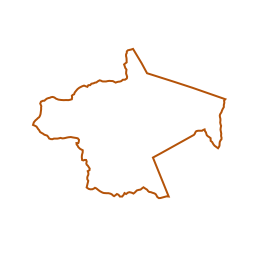 outline of Ibaretama, Ceará, Brazil, rotated 208°
{"feature_id": "56859067B69823963674642", "entity_name": "Ibaretama", "entity_type": "district", "adm_level": 2, "iso_a3": "BRA", "parent_name": "Brazil", "parent_adm1": "Ceará", "projection": "mercator", "projection_center": [-38.701, -4.773], "detail": "fine", "context": "isolated", "style": "outline", "palette": "amber", "viewbox_px": 256, "rotation_deg": 208, "n_neighbors": 0, "source": "geoboundaries", "source_scale": "gbopen_adm2", "svg_char_len": 3144}
<svg xmlns="http://www.w3.org/2000/svg" viewBox="0 0 256 256"><g transform="rotate(208 128 128)"><path d="M108.3,61.3L107.5,62.8L106.8,64.5L105.0,64.6L103.0,63.7L101.0,64.7L100.5,66.9L100.5,68.9L98.7,68.8L97.7,70.9L96.6,72.0L94.4,72.6L92.4,72.7L91.7,74.3L90.9,77.0L89.6,78.3L88.0,79.5L87.1,81.7L86.5,82.9L83.8,82.6L82.2,82.5L80.8,81.8L79.2,81.5L77.6,82.1L75.9,82.3L73.9,82.7L72.3,82.5L69.6,80.8L67.8,80.6L66.5,81.4L65.0,82.8L63.3,84.4L61.8,85.8L59.9,86.6L92.1,113.6L87.0,121.3L66.6,152.8L66.3,154.4L66.5,155.7L66.2,157.3L64.8,158.5L62.9,159.5L61.3,160.4L60.6,161.7L59.7,162.7L58.6,161.4L57.1,160.7L56.2,159.7L55.0,158.6L53.5,158.2L52.1,158.1L50.3,157.8L49.0,155.5L47.1,155.1L44.9,153.7L43.2,153.0L39.0,152.4L38.8,154.5L39.1,155.8L39.8,157.2L40.4,158.7L40.5,160.5L40.2,161.9L40.8,163.3L41.7,164.2L42.4,165.3L43.0,166.8L44.2,168.3L45.5,169.9L46.2,171.6L46.8,173.6L47.8,174.5L49.1,176.0L50.0,178.2L50.9,179.7L52.1,181.0L52.9,182.3L53.1,183.7L52.9,185.7L53.2,187.5L53.3,189.4L53.2,191.4L54.2,193.3L54.8,195.5L56.0,197.3L55.6,199.1L89.8,193.8L109.2,190.4L132.1,186.2L136.9,185.3L146.4,191.6L160.7,200.2L162.2,198.6L163.3,197.7L164.6,196.5L165.0,195.1L164.3,193.6L164.3,192.2L163.5,190.6L162.6,189.6L161.8,188.5L161.0,187.1L160.0,185.3L160.6,184.0L161.3,182.3L160.0,181.1L158.5,179.7L156.8,178.9L156.0,176.8L155.2,175.1L154.2,174.2L152.8,172.8L152.3,171.2L153.3,169.3L155.3,168.1L155.9,166.3L157.1,165.1L158.4,164.2L159.4,163.3L160.2,162.3L162.0,162.3L163.4,162.3L164.9,161.6L166.7,160.8L168.2,159.7L169.2,158.8L170.9,157.9L172.5,157.1L173.9,157.1L175.4,156.8L176.6,155.0L177.3,153.4L178.5,152.5L179.4,151.3L181.1,149.9L181.5,148.1L183.1,147.2L183.2,145.3L184.9,145.0L186.7,144.8L188.0,143.4L188.8,142.3L189.9,140.7L190.8,138.7L191.3,136.5L191.7,134.3L191.4,132.5L192.3,131.3L192.7,130.1L191.7,128.8L191.1,127.0L192.5,125.6L193.9,124.5L195.1,124.0L196.3,123.3L198.1,122.3L200.3,121.3L202.8,120.4L205.3,120.1L207.2,120.4L209.0,120.1L210.3,119.2L211.2,118.0L212.3,117.1L213.5,115.7L214.2,114.1L214.6,112.9L216.0,112.0L217.2,110.4L217.0,108.4L215.9,107.5L214.8,106.6L214.4,105.4L213.5,103.8L212.9,102.2L212.4,100.9L211.8,99.3L211.5,97.6L211.5,95.8L212.2,94.4L212.6,93.0L213.3,91.3L213.8,88.8L213.3,86.1L211.2,86.3L209.5,86.3L208.1,85.6L206.9,84.9L205.5,84.4L203.7,83.2L202.2,83.1L200.7,83.1L198.6,82.8L197.2,83.1L195.7,83.3L194.1,82.6L192.7,81.7L190.8,82.0L189.4,82.7L188.5,83.8L186.7,84.8L185.2,85.6L184.1,86.5L182.9,87.6L181.1,88.0L179.7,88.9L178.4,90.0L177.3,91.0L175.9,92.1L174.2,93.2L172.5,93.7L171.0,94.2L169.3,94.8L167.5,95.3L165.7,94.5L165.0,92.7L164.8,91.3L166.4,90.5L165.6,89.3L164.3,88.8L162.9,87.8L160.5,87.1L158.8,87.1L157.5,87.1L156.5,85.0L156.1,83.0L155.6,81.6L155.0,80.4L153.5,78.2L152.2,78.4L151.4,79.4L150.0,80.1L148.8,79.1L148.1,77.0L147.2,76.2L145.9,75.9L142.8,74.2L142.2,72.6L143.3,71.0L141.8,69.6L141.1,68.1L141.0,66.2L140.6,64.9L139.8,63.6L138.3,62.7L136.6,56.1L135.3,55.9L134.0,55.8L132.4,56.2L130.7,57.2L129.7,58.5L129.1,59.7L127.6,59.8L126.1,59.5L124.5,59.2L122.9,59.0L121.6,59.0L120.1,59.0L118.7,59.3L116.7,60.2L114.5,61.3L112.5,61.8L111.0,61.8L109.7,61.4L108.3,61.3Z" fill="none" stroke="#b45309" stroke-width="2"/></g></svg>